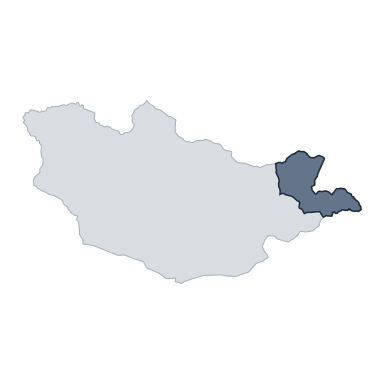 Dornod on a map of Mongolia (orthographic projection)
{"feature_id": "MNG-3332", "entity_name": "Dornod", "entity_type": "Province", "adm_level": 1, "iso_a3": "MNG", "parent_name": "Mongolia", "parent_adm1": "", "projection": "orthographic", "projection_center": [116.608, 48.287], "detail": "fine", "context": "in_parent", "style": "filled", "palette": "slate", "viewbox_px": 384, "rotation_deg": 0, "n_neighbors": 0, "source": "natural_earth", "source_scale": "10m", "svg_char_len": 7624}
<svg xmlns="http://www.w3.org/2000/svg" viewBox="0 0 384 384"><path d="M25.4,112.6L26.6,113.0L28.8,112.3L29.8,110.4L30.7,109.6L35.1,110.7L36.8,112.0L37.5,110.9L37.9,110.9L38.6,112.3L39.7,112.3L40.6,112.0L41.7,110.8L43.1,111.6L46.1,110.9L47.1,108.0L48.3,107.6L50.7,107.9L51.5,106.7L52.1,106.5L53.8,106.7L57.1,106.3L58.5,106.6L60.0,105.7L63.1,104.8L67.1,105.4L67.7,104.6L72.0,103.1L75.7,104.3L77.5,102.3L78.1,102.2L79.8,105.9L81.0,105.9L81.7,104.9L83.3,105.4L83.3,107.6L84.0,108.7L94.8,112.9L94.9,113.7L94.2,118.5L95.6,121.3L95.8,122.4L99.0,123.0L100.3,125.3L103.0,126.0L104.3,126.9L107.4,126.0L108.0,126.2L108.6,127.3L110.0,127.0L112.1,129.2L114.1,129.5L114.8,130.4L116.1,130.2L118.7,131.4L120.3,134.4L121.9,134.6L124.1,133.5L124.9,132.5L127.7,132.6L129.5,131.9L130.8,131.1L133.1,127.9L134.4,124.3L133.2,123.4L132.3,121.9L132.2,119.7L132.4,118.3L131.7,115.9L132.1,114.9L133.3,113.2L134.4,110.4L135.7,109.0L137.7,108.6L138.2,107.4L139.9,105.5L143.0,104.8L145.2,102.7L146.7,100.3L147.7,102.0L150.9,104.6L153.8,106.2L155.3,108.5L160.6,110.1L168.6,116.4L170.6,116.6L175.6,119.5L175.9,120.2L175.2,123.5L175.5,124.5L175.0,128.2L175.6,130.2L174.9,132.3L175.3,133.0L176.6,133.6L178.3,136.2L182.9,138.7L184.1,140.4L187.4,142.0L189.2,141.7L192.0,142.5L193.1,142.5L195.2,141.0L196.4,140.7L203.1,140.4L205.1,139.5L206.3,139.4L211.2,141.3L214.5,143.4L219.7,144.0L221.8,146.2L222.6,148.1L224.5,150.0L231.5,151.5L231.8,151.9L231.3,155.7L231.5,156.4L235.7,161.1L237.8,162.6L244.5,163.1L254.5,166.7L257.0,166.1L259.1,167.6L260.0,167.6L266.9,164.6L267.9,164.9L275.0,163.9L279.5,162.4L282.9,162.7L285.6,161.3L286.9,158.4L291.4,155.1L299.2,151.0L303.9,151.8L306.6,153.4L309.4,156.6L311.1,157.5L314.1,157.8L318.6,155.7L320.9,156.2L323.0,157.2L324.4,158.8L317.4,175.0L317.3,176.0L315.0,179.3L314.6,184.8L311.7,186.7L312.0,189.7L312.6,190.9L315.7,194.1L316.8,193.7L317.7,192.4L319.4,191.2L322.6,191.6L325.3,191.1L328.7,192.1L331.9,194.6L336.4,189.0L340.6,188.3L344.5,188.9L347.5,192.6L351.1,194.2L352.1,196.3L353.6,197.1L354.0,198.1L358.5,202.3L359.4,205.0L360.8,207.0L360.8,209.1L360.5,210.1L358.8,211.2L352.6,210.9L348.9,209.0L347.6,210.2L342.9,209.9L340.2,210.8L338.4,211.6L337.3,213.0L336.5,213.3L335.7,213.2L334.3,212.2L333.0,212.2L332.7,212.5L331.9,215.9L327.8,216.0L326.5,215.5L323.1,217.2L322.6,218.5L320.7,220.4L319.1,223.8L319.4,225.3L318.9,226.2L315.8,228.1L312.9,230.8L306.8,231.9L304.0,232.0L301.9,231.3L299.8,231.7L298.1,234.8L294.1,238.4L288.2,242.0L278.0,239.2L276.7,238.6L274.7,236.2L268.7,235.7L266.9,237.2L265.2,239.4L262.2,246.8L264.3,251.2L266.9,254.3L267.9,256.3L267.8,258.0L265.9,258.7L263.0,261.2L256.4,263.3L248.5,272.1L235.2,276.5L227.3,276.0L221.1,274.9L203.9,275.4L192.5,278.8L183.8,281.7L181.8,283.4L180.9,283.7L179.6,282.6L175.2,281.7L175.7,278.2L166.0,278.6L159.0,273.2L148.5,268.7L146.4,267.3L143.6,262.0L141.7,261.0L137.0,259.8L124.5,255.0L118.1,255.4L92.8,245.4L83.2,244.0L82.9,243.5L83.0,240.4L79.7,234.8L79.4,233.5L79.6,231.7L78.4,221.6L76.6,219.7L77.8,215.9L74.5,215.3L71.1,212.7L68.1,208.9L66.8,206.3L64.3,205.1L62.1,200.5L60.8,199.3L53.4,195.3L49.4,194.5L45.5,192.1L40.8,190.3L39.5,189.1L38.1,188.7L35.9,186.2L34.0,185.8L33.4,179.9L34.9,176.9L36.5,175.3L39.5,173.2L39.9,172.1L39.8,169.2L42.6,165.0L43.1,162.0L43.0,158.3L41.7,157.0L40.9,151.8L41.4,148.1L41.3,145.4L39.5,143.2L39.5,140.8L38.8,140.4L38.1,140.9L36.7,140.7L35.8,138.9L35.6,137.1L34.9,136.4L33.4,135.9L31.8,136.1L30.5,135.2L29.7,133.4L27.1,130.0L27.6,128.5L27.5,127.3L26.6,126.6L26.0,125.1L23.4,122.6L23.6,121.8L25.0,120.5L23.3,118.3L23.0,116.6L25.0,115.3L24.9,113.8L25.4,112.6Z" fill="#d9dde1" stroke="#a8b0b8" stroke-width="1"/><path d="M324.4,158.8L322.2,163.9L322.0,164.2L319.7,169.4L317.4,174.5L317.4,174.8L317.5,175.4L317.5,175.7L317.3,176.2L314.8,180.1L314.7,180.4L314.6,180.7L314.6,181.1L314.8,184.3L314.7,184.9L314.4,185.2L311.8,186.4L311.5,186.7L311.5,186.8L311.9,189.0L312.0,189.9L312.2,190.3L312.4,190.7L315.2,193.7L315.9,194.1L316.5,193.7L317.8,192.1L318.9,191.4L319.6,191.2L321.6,191.6L322.4,191.6L325.2,191.0L326.0,191.0L326.3,191.0L327.7,191.6L328.5,191.9L328.7,192.0L331.5,194.6L332.0,194.6L332.4,194.1L332.8,193.3L333.2,192.9L333.8,192.4L336.1,189.2L336.4,188.9L337.0,188.7L338.7,188.8L339.0,188.8L339.7,188.4L340.3,188.3L341.0,188.3L341.3,188.3L341.8,188.7L342.1,188.7L344.2,188.8L345.0,189.2L345.7,190.0L347.0,192.0L347.6,192.6L349.9,193.5L350.9,193.9L351.1,194.1L351.3,194.3L351.4,194.6L351.6,195.8L351.6,196.1L351.8,196.3L352.0,196.4L353.1,196.8L353.6,196.9L353.8,197.0L353.9,197.3L353.6,197.8L353.5,198.1L353.9,198.2L355.7,199.7L355.9,199.9L356.1,200.2L356.2,200.5L356.3,200.7L357.0,200.9L357.5,201.2L358.3,202.1L358.7,202.6L359.0,203.2L359.1,203.5L359.1,204.5L359.2,204.8L359.4,205.1L359.8,205.4L360.0,205.6L360.0,205.8L360.1,206.0L360.3,206.2L360.5,206.2L360.7,206.3L360.7,206.5L360.6,206.8L360.6,207.0L360.8,207.2L360.8,207.3L360.8,207.5L360.8,207.9L360.7,208.4L360.7,208.7L360.7,208.9L360.9,209.2L361.0,209.3L360.9,209.4L360.9,209.6L360.6,210.0L360.4,210.3L360.2,210.4L359.7,210.3L359.5,210.6L359.3,210.9L359.1,211.1L358.9,211.3L358.7,211.4L358.5,211.5L358.2,211.4L357.8,211.1L357.6,211.1L357.3,211.1L356.4,211.0L355.9,211.0L354.9,211.3L354.3,211.3L351.4,210.6L351.1,210.5L350.9,210.2L350.5,209.6L350.3,209.3L350.1,209.4L349.8,209.7L349.6,209.8L349.3,209.6L349.3,209.3L349.2,209.1L348.9,208.9L348.6,209.1L348.3,209.4L347.9,210.2L347.5,210.4L347.1,210.3L346.7,210.1L346.3,210.0L346.1,210.1L345.8,210.3L345.6,210.4L344.7,210.4L344.3,210.3L343.6,209.9L343.2,209.8L342.8,209.8L342.4,209.8L342.1,209.9L341.7,210.2L341.3,210.6L341.1,210.6L340.5,210.7L340.3,210.8L339.5,211.5L339.1,211.5L338.5,211.7L338.3,211.8L338.0,212.0L337.8,212.3L337.5,212.9L337.4,213.1L337.1,213.3L336.0,213.4L335.7,213.3L335.2,213.0L335.0,212.8L334.7,212.1L334.5,211.9L334.4,212.0L333.9,212.3L333.6,212.3L333.4,212.2L332.5,212.5L332.7,213.0L332.8,213.2L332.7,213.5L332.3,214.1L332.1,214.5L332.1,215.6L331.9,216.0L331.5,216.1L327.6,215.9L326.2,215.6L325.8,215.6L325.6,215.9L324.9,216.5L324.7,216.6L324.0,216.7L323.6,216.8L323.3,217.0L322.4,215.9L320.0,212.1L319.9,211.9L319.7,211.8L319.5,211.7L314.7,211.9L312.5,212.3L307.3,212.4L306.3,212.7L304.3,213.6L303.0,211.0L302.4,210.0L302.0,209.6L301.7,209.3L301.4,209.1L301.0,208.9L299.8,208.3L299.6,208.2L299.4,208.0L299.3,207.8L299.2,207.4L299.1,207.0L299.2,205.7L299.7,202.7L299.6,202.2L299.4,202.1L299.2,201.8L297.3,200.7L292.3,196.4L285.6,194.7L283.5,193.5L282.9,193.4L282.6,193.4L282.3,193.4L281.9,193.5L279.9,194.4L280.2,192.5L280.1,190.9L279.8,188.8L279.4,187.9L279.2,187.6L278.7,186.5L278.6,183.6L278.8,182.5L279.1,181.8L279.2,180.9L279.1,179.9L278.9,179.3L278.4,177.5L276.5,173.5L276.1,172.5L276.0,171.9L276.1,171.5L276.4,170.7L276.4,170.4L276.4,169.9L276.1,168.7L275.9,166.4L275.9,165.7L276.0,165.6L276.1,165.4L276.3,165.2L276.2,165.0L275.5,163.8L275.5,163.7L278.9,162.4L279.3,162.4L280.5,162.6L281.4,163.1L281.7,163.2L282.1,163.2L282.5,163.1L283.5,162.6L284.2,162.1L284.4,161.9L284.7,161.8L284.9,161.8L285.4,161.8L285.6,161.7L285.8,161.3L285.8,160.7L286.0,160.2L286.8,158.7L287.1,158.3L287.4,158.0L289.7,156.4L290.0,156.1L290.1,155.9L290.7,155.5L290.9,155.3L291.5,154.9L293.3,154.0L293.6,154.0L294.0,154.1L294.4,154.0L295.7,152.7L295.9,152.6L296.4,152.5L296.6,152.4L297.3,151.7L298.2,151.2L299.1,150.9L299.6,151.0L300.5,151.5L301.0,151.7L303.0,151.5L304.0,151.7L306.6,153.3L306.7,153.5L306.9,153.7L307.1,154.2L307.2,154.4L308.8,156.2L310.4,157.5L310.6,157.6L311.3,157.6L311.5,157.6L311.9,157.7L312.6,157.6L313.8,157.8L314.1,157.8L314.5,157.7L317.7,155.9L318.6,155.6L319.5,155.6L320.3,156.0L323.3,157.2L323.7,157.6L324.1,158.1L324.4,158.8Z" fill="#64748b" stroke="#1e293b" stroke-width="1.5"/></svg>